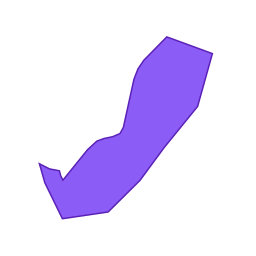 SVG path tracing the border of Al Daayen, rotated 221°
{"feature_id": "QAT-5487", "entity_name": "Al Daayen", "entity_type": "Municipality", "adm_level": 1, "iso_a3": "QAT", "parent_name": "Qatar", "parent_adm1": "", "projection": "robinson", "projection_center": [51.482, 25.509], "detail": "fine", "context": "isolated", "style": "filled", "palette": "violet", "viewbox_px": 256, "rotation_deg": 221, "n_neighbors": 0, "source": "natural_earth", "source_scale": "10m", "svg_char_len": 442}
<svg xmlns="http://www.w3.org/2000/svg" viewBox="0 0 256 256"><g transform="rotate(221 128 128)"><path d="M171.4,42.9L160.5,45.6L151.7,50.7L147.3,47.7L142.9,46.0L144.3,85.2L143.0,96.6L142.9,97.6L139.3,104.2L134.0,111.2L130.4,118.5L131.9,125.4L155.5,168.7L159.3,179.3L160.5,189.7L158.5,222.2L113.1,239.5L89.6,189.9L87.9,137.3L84.6,96.4L87.9,51.6L118.0,16.5L154.8,32.1L171.4,42.9Z" fill="#8b5cf6" stroke="#5b21b6" stroke-width="1.5"/></g></svg>